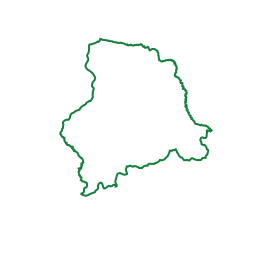 outline of Gigante, Huila, Colombia, rotated 216°
{"feature_id": "7082276B55620946871412", "entity_name": "Gigante", "entity_type": "district", "adm_level": 2, "iso_a3": "COL", "parent_name": "Colombia", "parent_adm1": "Huila", "projection": "albers", "projection_center": [-75.538, 2.393], "detail": "fine", "context": "isolated", "style": "outline", "palette": "green", "viewbox_px": 256, "rotation_deg": 216, "n_neighbors": 0, "source": "geoboundaries", "source_scale": "gbopen_adm2", "svg_char_len": 5853}
<svg xmlns="http://www.w3.org/2000/svg" viewBox="0 0 256 256"><g transform="rotate(216 128 128)"><path d="M208.2,172.9L207.9,171.6L206.4,169.8L204.4,166.4L203.9,163.2L203.5,162.3L200.9,160.7L200.1,159.6L199.6,155.1L199.1,153.6L198.4,152.8L197.6,152.1L195.2,151.5L192.8,151.7L188.8,151.5L184.5,149.7L183.6,148.3L183.2,147.2L183.4,144.3L182.6,142.0L181.7,140.7L179.3,140.1L178.6,139.4L177.9,136.9L177.4,136.0L176.5,135.0L176.2,134.1L174.5,132.2L174.2,128.1L174.3,127.7L175.2,127.2L175.7,125.5L176.5,124.1L176.2,122.1L177.6,119.6L178.3,116.1L178.0,114.4L178.7,113.6L179.2,112.5L180.2,111.3L180.5,110.7L180.7,109.2L182.2,106.5L182.1,104.3L180.9,101.9L180.9,100.0L181.2,99.5L182.3,98.9L183.3,97.7L184.0,95.4L184.0,94.8L183.5,93.5L182.4,93.0L181.2,90.6L180.6,89.9L180.8,88.6L180.3,87.8L179.9,86.8L180.0,84.5L179.0,83.3L178.3,83.3L178.0,82.9L177.6,82.9L176.5,82.2L175.4,82.2L174.8,82.7L173.8,82.6L173.8,82.0L173.1,81.9L173.0,81.4L172.4,81.1L171.7,80.1L170.9,80.0L169.5,79.3L168.7,79.8L168.3,78.9L167.8,78.6L166.8,78.7L166.2,79.2L165.7,79.2L165.4,79.6L164.0,79.5L163.5,79.2L162.5,80.0L162.0,79.5L161.9,79.8L161.5,79.7L161.3,79.9L160.8,78.8L159.6,78.8L159.5,78.3L158.7,77.9L158.2,78.4L157.8,77.7L156.2,78.3L154.5,78.3L153.0,77.7L151.8,76.6L150.4,76.6L149.5,76.2L148.8,76.4L148.5,76.2L148.0,76.5L147.5,76.1L146.8,76.1L146.2,75.7L145.3,75.5L145.0,74.8L143.9,74.0L143.9,72.5L144.7,72.3L144.8,71.8L143.9,70.6L143.3,70.6L143.4,70.0L143.0,69.8L143.1,69.3L142.6,68.8L143.0,68.1L142.4,68.1L142.1,67.8L142.3,67.6L142.8,67.8L143.2,67.5L143.3,67.0L143.0,66.5L143.5,66.2L142.7,66.0L142.8,65.4L142.3,65.4L142.1,64.3L142.3,63.6L139.9,61.2L139.1,61.1L138.9,61.4L138.4,61.2L138.2,60.6L137.8,60.4L136.5,60.6L135.8,59.0L135.7,58.2L134.3,58.2L133.6,57.9L131.6,59.0L131.2,59.1L130.6,58.8L129.9,59.3L129.3,59.4L128.9,59.2L127.4,57.6L126.7,55.6L127.9,54.1L127.8,52.7L126.5,51.1L126.2,50.4L126.2,49.7L126.5,48.9L126.2,48.0L126.4,47.6L127.1,47.5L127.0,47.1L126.3,47.0L122.2,48.4L121.3,49.5L119.4,53.2L117.8,55.6L117.2,56.1L117.0,57.0L117.3,57.7L117.3,58.4L116.7,60.4L116.8,62.0L117.9,62.9L118.5,63.9L118.8,65.7L118.4,67.1L117.5,68.0L116.4,67.9L112.4,65.0L111.8,65.0L111.1,65.8L110.7,66.5L109.8,69.5L109.2,70.2L108.0,70.4L107.3,71.0L106.7,71.9L106.5,73.2L106.2,73.6L104.7,74.3L104.1,74.1L103.6,73.4L102.9,74.2L103.0,74.5L104.3,75.7L105.3,75.9L106.5,76.8L107.0,77.5L109.5,84.2L109.0,85.7L108.0,86.9L104.6,87.6L103.5,88.1L102.6,88.9L101.8,90.1L102.0,90.5L102.7,91.2L105.2,92.8L106.4,96.2L105.7,96.5L105.1,97.1L104.8,98.0L103.7,99.0L101.6,99.4L100.9,100.0L100.6,100.9L98.7,101.8L96.4,102.3L95.5,102.1L93.1,103.9L92.7,106.5L92.0,107.5L90.0,109.1L90.4,109.5L90.0,111.2L89.2,112.0L85.7,114.3L85.3,115.8L84.8,116.1L83.6,118.5L83.1,120.5L83.3,120.9L81.4,121.9L80.2,123.8L79.4,129.0L80.2,132.9L80.8,133.8L80.8,134.4L79.0,135.4L78.8,136.5L77.5,137.3L76.9,138.8L74.9,137.8L73.9,137.0L72.7,136.8L71.4,136.1L69.4,135.3L67.8,135.3L66.8,135.8L64.0,134.9L63.6,135.0L62.1,136.1L61.6,136.8L59.3,137.7L59.1,138.5L59.2,138.9L58.5,141.2L56.7,141.7L55.7,141.8L53.3,142.6L52.5,143.1L52.1,143.8L51.3,144.1L50.4,144.7L50.1,145.6L50.1,147.3L48.6,149.0L47.8,149.3L48.6,151.4L48.4,151.6L48.5,152.4L48.2,153.2L48.8,154.0L49.0,155.2L50.2,157.3L51.7,157.2L53.0,158.3L54.3,159.0L55.0,159.0L55.8,159.3L56.5,159.1L56.9,158.6L58.9,158.1L59.8,158.9L60.2,159.6L61.2,159.9L62.7,161.1L63.1,162.9L62.9,163.4L62.4,164.1L60.7,164.6L59.6,165.3L59.2,166.0L59.5,167.5L61.0,169.8L61.6,171.1L62.7,172.1L62.6,172.6L59.2,173.7L58.9,175.1L59.6,175.4L59.9,175.2L60.7,175.4L61.2,175.1L61.6,175.7L62.6,175.4L63.3,175.5L64.1,176.0L64.6,175.7L66.0,175.8L66.3,175.3L67.4,175.2L68.1,174.4L68.7,174.3L70.1,173.6L70.6,173.7L71.0,172.8L74.0,172.0L75.0,171.3L76.4,171.1L77.3,171.5L77.6,172.0L78.5,172.3L79.8,172.4L80.8,172.8L81.9,172.6L82.2,173.6L83.5,173.4L84.0,173.6L84.6,174.8L85.7,174.6L87.5,175.3L87.9,176.2L88.4,176.0L89.7,176.5L90.2,177.4L90.7,177.0L91.0,177.0L91.6,177.6L92.0,178.7L93.7,179.0L93.5,180.0L94.5,179.7L94.6,179.9L94.2,180.5L94.3,180.9L95.1,180.8L96.0,181.5L96.3,182.5L97.2,182.7L97.2,183.3L96.6,183.6L97.2,184.1L97.3,184.8L98.4,184.8L98.5,185.2L98.3,185.9L98.9,186.3L98.9,187.3L99.6,187.4L99.8,187.7L100.5,187.5L100.8,187.8L100.9,188.4L101.4,189.1L100.9,189.7L101.1,191.0L102.1,191.5L102.5,192.2L103.6,191.9L104.2,192.6L105.1,192.7L106.6,192.0L106.7,192.4L106.5,192.7L107.0,193.0L106.9,193.7L107.9,194.1L108.8,193.8L108.9,194.6L109.9,195.4L110.5,196.3L111.8,195.4L112.6,196.0L113.2,197.5L113.8,197.2L116.7,198.4L117.1,198.4L117.7,197.9L118.4,198.2L118.8,198.0L119.2,198.1L119.8,197.6L120.8,197.8L121.4,198.5L121.4,199.2L121.8,199.8L122.0,200.6L121.7,200.9L121.7,201.4L123.2,203.1L123.1,204.4L123.7,204.6L124.2,205.6L124.7,206.1L125.5,206.6L125.9,206.4L126.4,206.6L127.2,207.6L127.6,207.5L127.5,207.8L127.8,208.2L128.3,208.4L129.3,208.1L129.6,209.0L130.9,209.0L131.9,208.2L132.2,208.2L132.5,208.6L133.0,208.1L133.6,208.2L134.6,207.2L135.0,207.1L135.2,206.5L135.8,206.4L136.7,205.3L137.2,205.1L137.4,204.3L138.6,203.0L139.1,202.9L139.1,202.4L139.7,201.7L140.3,201.4L141.4,201.6L142.4,201.2L143.0,201.5L145.9,204.6L146.5,204.8L147.3,206.3L148.9,206.9L149.2,207.5L149.5,207.7L149.8,207.5L152.4,207.6L153.5,207.1L155.0,206.0L155.8,203.7L156.6,203.8L159.2,205.3L159.8,205.1L160.6,203.4L161.3,203.0L162.7,203.6L163.2,202.8L164.0,202.6L165.2,203.5L166.2,203.6L166.9,203.3L167.0,202.7L168.1,201.9L168.1,201.3L168.9,200.9L169.7,200.7L170.0,200.4L170.2,199.7L171.5,199.0L172.1,197.7L173.6,197.2L174.1,197.2L174.4,196.7L174.9,196.8L176.4,194.9L176.9,194.8L177.1,195.2L177.8,195.2L178.7,194.3L181.9,193.7L183.1,192.9L184.2,192.7L185.4,191.4L187.0,190.5L187.6,190.6L189.5,189.3L190.9,188.8L192.0,188.8L193.4,187.6L194.8,187.4L195.4,186.7L196.0,186.8L200.8,184.2L201.5,184.2L202.8,183.8L202.2,182.0L202.4,180.5L202.6,180.2L203.5,180.0L203.7,179.1L204.3,177.7L206.9,174.1L208.2,172.9Z" fill="none" stroke="#15803d" stroke-width="2"/></g></svg>